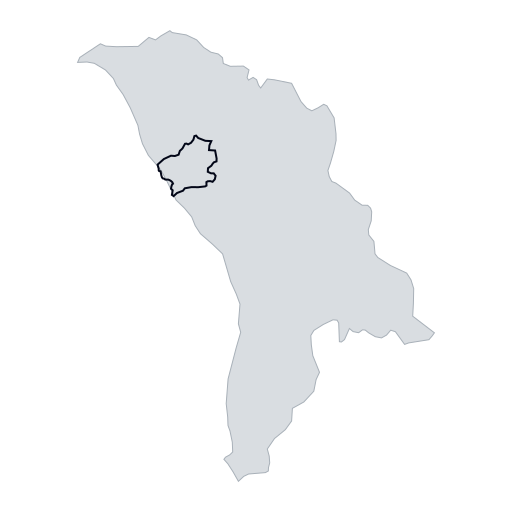 Făleşti on a map of Moldova (Albers equal-area conic projection)
{"feature_id": "MDA-1620", "entity_name": "Făleşti", "entity_type": "District", "adm_level": 1, "iso_a3": "MDA", "parent_name": "Moldova", "parent_adm1": "", "projection": "albers", "projection_center": [27.695, 47.571], "detail": "fine", "context": "in_parent", "style": "outline", "palette": "ink", "viewbox_px": 512, "rotation_deg": 0, "n_neighbors": 0, "source": "natural_earth", "source_scale": "10m", "svg_char_len": 2834}
<svg xmlns="http://www.w3.org/2000/svg" viewBox="0 0 512 512"><path d="M77.6,62.4L79.8,57.4L100.4,43.8L105.7,46.1L116.4,46.7L138.2,46.4L148.9,37.4L155.5,39.9L160.9,35.9L169.9,30.7L171.2,31.8L172.3,32.6L186.2,34.9L196.7,39.9L203.7,47.5L210.9,52.2L218.3,54.0L222.5,57.7L223.3,63.5L230.3,66.3L243.4,66.1L249.0,69.9L247.1,77.6L248.5,80.1L253.1,77.4L256.6,79.7L258.6,85.3L260.7,88.0L267.3,79.0L274.4,79.8L291.6,83.3L301.0,101.6L306.8,108.2L311.8,110.8L318.1,107.8L323.7,104.3L326.9,105.8L334.1,117.9L336.0,133.9L336.1,140.4L333.8,151.3L330.5,162.9L327.9,170.5L329.2,176.5L331.8,181.5L335.9,183.1L349.6,193.1L354.7,200.1L362.1,205.2L367.7,205.3L370.6,208.2L371.7,211.8L371.2,220.9L368.3,229.6L368.8,235.0L373.9,241.4L374.6,249.0L375.0,253.8L377.8,257.5L390.4,265.5L406.7,273.1L411.0,279.9L413.7,288.6L413.4,303.3L412.7,316.2L434.4,332.8L432.1,336.0L428.9,339.7L408.7,342.9L404.6,344.4L395.4,331.7L390.7,330.2L386.5,335.1L381.5,337.9L375.3,336.7L368.6,332.8L365.3,330.1L362.6,329.8L358.6,332.7L353.1,331.6L349.4,328.5L344.5,339.6L341.4,342.0L339.4,341.7L338.7,323.0L337.1,320.2L333.0,319.8L323.2,324.5L313.9,330.4L310.8,335.5L311.3,344.7L312.8,355.7L319.5,372.3L316.1,379.6L313.8,391.2L303.8,402.0L292.4,408.3L291.6,421.0L285.3,429.7L274.5,438.5L267.3,449.0L269.2,456.1L269.7,462.9L268.5,467.5L268.3,471.0L265.4,472.6L248.6,474.0L243.8,476.3L238.4,481.3L233.1,471.9L227.8,463.7L223.9,459.3L225.5,457.2L229.7,454.9L232.7,452.0L232.3,442.2L230.0,431.0L228.0,425.5L227.7,417.0L226.2,403.6L228.1,378.9L236.2,347.8L240.7,332.3L238.4,323.8L240.0,304.1L236.4,294.3L230.7,281.6L222.6,253.9L212.6,244.3L200.4,233.7L195.2,225.7L191.7,216.9L184.4,208.1L176.1,200.1L166.3,179.9L161.2,170.8L159.6,168.4L148.4,155.4L142.5,143.8L139.6,134.2L137.9,125.3L130.2,107.7L123.1,94.5L116.4,85.1L113.4,78.5L105.5,70.0L94.3,63.3L87.0,62.0L77.6,62.4Z" fill="#d9dde1" stroke="#a8b0b8" stroke-width="1"/><path d="M157.8,165.5L157.6,164.6L163.9,159.0L171.0,155.7L174.9,156.0L178.6,154.7L179.9,150.8L181.2,149.7L182.5,148.4L185.0,143.8L186.5,143.6L188.1,144.4L191.0,142.8L193.4,139.7L194.4,136.1L196.1,135.6L198.2,138.0L200.8,139.0L205.3,140.8L211.3,141.1L209.4,145.4L209.0,150.1L215.1,150.5L216.6,158.5L216.5,161.4L213.9,162.3L212.6,163.8L211.4,165.7L208.0,168.2L207.8,171.8L211.0,173.3L213.7,173.3L215.6,175.8L214.8,179.3L212.6,181.8L210.1,181.1L207.7,181.3L206.4,182.1L206.5,185.6L205.2,186.4L198.2,187.2L191.5,187.1L184.8,188.3L183.0,190.7L177.0,193.0L174.4,195.4L173.6,196.1L173.4,195.9L171.9,194.9L172.7,190.3L171.0,188.7L171.3,187.0L171.7,185.5L172.2,184.3L173.0,183.7L172.3,182.2L171.0,181.0L169.5,180.1L168.2,179.6L165.4,179.6L164.8,179.3L164.4,178.9L163.9,178.6L163.0,178.5L162.0,177.5L161.3,175.3L160.6,171.3L160.4,171.2L159.3,171.1L158.9,170.8L158.7,170.2L158.7,168.8L158.6,168.3L158.3,167.4L157.8,165.5Z" fill="none" stroke="#020617" stroke-width="2"/></svg>